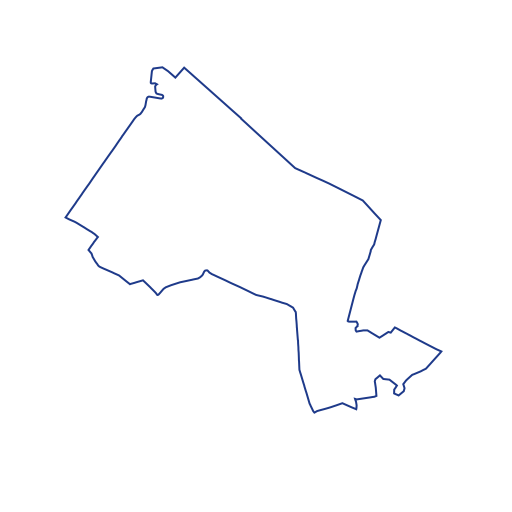 outline of Ma'in, Amanat Al Asimah, Yemen, rotated 132°
{"feature_id": "15242507B87670464483241", "entity_name": "Ma'in", "entity_type": "district", "adm_level": 2, "iso_a3": "YEM", "parent_name": "Yemen", "parent_adm1": "Amanat Al Asimah", "projection": "albers", "projection_center": [44.173, 15.379], "detail": "fine", "context": "isolated", "style": "outline", "palette": "blue", "viewbox_px": 512, "rotation_deg": 132, "n_neighbors": 0, "source": "geoboundaries", "source_scale": "gbopen_adm2", "svg_char_len": 5416}
<svg xmlns="http://www.w3.org/2000/svg" viewBox="0 0 512 512"><g transform="rotate(132 256 256)"><path d="M145.5,190.7L145.0,196.6L143.9,207.4L143.3,213.8L146.4,225.3L149.3,235.9L153.3,250.4L154.0,252.6L155.2,256.5L157.4,263.2L161.6,276.7L164.5,285.7L164.3,312.6L164.2,327.1L164.1,339.5L163.9,359.0L163.6,359.2L163.7,370.3L163.9,405.4L164.1,435.4L177.4,435.3L177.4,437.0L177.5,445.1L178.4,451.8L185.3,457.7L186.7,457.5L188.2,457.1L197.3,450.5L197.8,449.9L197.8,449.5L197.6,449.2L197.5,448.8L195.2,446.6L194.7,444.5L195.6,444.7L196.5,444.7L197.6,444.3L200.9,440.8L201.4,440.0L201.8,438.8L201.6,438.0L200.6,436.1L199.2,433.7L199.1,433.1L199.1,432.5L199.2,432.1L199.9,431.4L200.7,431.0L201.8,431.3L202.3,431.6L203.2,432.9L205.6,436.7L208.8,441.7L209.4,442.4L210.4,442.8L211.1,442.8L212.1,442.5L212.4,442.4L213.1,441.9L214.5,441.2L217.8,439.1L219.6,438.2L221.8,437.8L222.2,437.8L223.1,437.6L225.2,437.2L227.8,437.0L229.1,437.3L230.1,437.7L231.2,438.1L232.3,438.2L232.8,438.2L233.8,438.2L236.0,438.1L237.3,437.9L244.6,437.0L246.5,436.8L247.0,436.7L248.0,436.6L249.8,436.4L254.7,435.8L255.6,435.7L256.3,435.7L257.0,435.5L259.9,435.1L261.9,434.9L262.5,434.8L264.8,434.5L266.2,434.3L268.2,434.0L274.8,433.2L275.2,433.2L280.3,432.6L286.1,431.9L287.3,431.7L287.6,431.7L289.5,431.5L292.6,431.1L294.2,430.9L298.2,430.4L303.0,429.8L304.4,429.6L307.0,429.3L314.1,428.3L317.2,428.0L325.5,427.0L326.5,426.8L327.4,426.7L330.8,426.3L331.1,426.2L332.4,426.1L335.7,425.7L337.5,425.4L346.3,424.4L350.0,423.9L354.8,423.3L354.7,422.9L354.1,420.6L353.8,419.4L353.1,417.3L351.9,413.7L351.7,412.8L351.6,412.5L351.3,411.1L351.2,410.6L350.8,408.4L349.6,402.0L349.2,399.5L348.8,397.4L348.5,395.7L348.3,395.0L348.1,394.0L348.0,392.7L347.7,390.7L347.7,390.0L347.7,388.4L347.7,386.6L347.7,386.2L349.8,386.1L350.1,386.0L351.7,385.9L352.3,385.8L353.5,385.8L356.0,385.4L357.0,385.3L358.4,385.2L360.0,385.0L360.4,384.9L362.2,384.7L363.6,384.5L363.8,383.0L364.0,381.7L364.2,379.9L364.4,379.7L364.6,379.2L365.2,378.1L365.5,377.6L366.0,376.8L366.3,375.8L366.9,373.9L367.1,373.3L367.3,372.7L367.4,372.4L367.6,371.7L367.9,370.3L368.0,369.8L368.2,368.6L368.5,367.6L368.6,367.1L368.7,366.6L368.7,365.7L368.6,365.1L368.5,364.6L368.4,364.3L368.2,363.6L367.7,362.0L367.1,360.1L366.6,358.7L366.4,358.1L365.6,355.7L364.2,351.5L363.9,350.3L362.1,344.8L361.6,335.5L361.3,331.1L361.3,330.8L360.3,330.3L359.9,330.0L357.2,328.3L355.8,327.5L355.0,327.0L349.7,323.7L349.8,319.5L350.0,313.4L350.1,312.6L350.2,310.1L350.4,306.9L350.6,305.0L351.0,303.8L350.9,303.2L350.7,302.9L349.7,302.6L349.0,302.6L348.0,302.6L347.2,302.6L343.5,302.7L342.9,302.7L342.2,302.7L339.6,302.1L334.4,299.5L326.3,294.8L322.2,291.8L317.5,288.4L316.3,287.5L315.8,287.2L311.6,284.1L309.2,283.3L306.6,283.0L305.7,283.1L305.3,283.1L304.8,283.3L302.5,284.0L301.9,284.1L300.8,284.0L299.6,283.0L299.2,282.4L299.3,281.2L299.4,280.1L299.5,279.4L299.2,278.2L299.1,277.0L298.2,274.2L297.4,271.5L295.3,264.8L294.5,262.2L293.3,258.0L292.6,255.7L289.7,246.7L289.2,244.9L287.3,238.4L286.1,234.1L284.9,230.0L284.4,229.0L281.4,223.5L273.7,206.5L273.4,205.7L271.1,201.0L269.6,193.9L270.5,191.1L270.9,189.7L271.0,189.1L271.9,188.0L273.5,186.4L274.2,185.7L274.5,185.4L275.5,184.4L277.7,182.0L279.9,179.7L281.9,177.7L282.0,177.5L283.3,176.2L290.4,168.7L290.5,168.4L292.9,166.1L295.4,163.5L297.4,161.6L299.0,159.9L299.9,159.0L303.1,155.9L304.8,154.3L305.6,153.4L310.4,148.7L311.6,147.5L312.1,146.6L312.5,146.0L313.1,145.0L313.9,143.6L318.4,136.2L320.1,133.3L320.5,132.8L322.9,128.8L324.1,126.7L329.9,117.3L330.2,116.3L330.6,115.6L331.1,114.3L333.0,109.7L333.1,109.1L333.3,107.8L332.8,107.6L332.1,107.4L330.3,106.8L327.6,105.1L323.9,102.7L320.4,100.5L317.9,99.0L315.2,97.5L314.5,97.1L314.0,96.8L307.6,93.3L306.0,88.4L304.5,83.8L302.8,79.0L301.8,79.6L299.9,81.1L299.7,81.3L299.4,81.6L299.1,82.0L297.4,84.1L296.6,85.6L295.9,86.8L295.7,86.4L295.5,85.9L295.2,85.2L284.4,76.3L282.6,74.9L281.5,73.9L279.4,72.9L277.3,75.1L273.7,78.9L270.4,82.9L269.9,83.6L269.6,83.9L267.7,84.8L266.7,84.7L265.6,84.5L261.8,84.0L262.1,80.3L262.2,79.1L258.6,74.1L258.3,70.0L258.0,65.9L258.0,64.6L259.2,64.4L260.3,64.2L262.8,63.9L265.7,61.4L265.2,59.7L264.5,57.7L264.2,56.7L258.1,55.8L257.7,55.7L255.7,56.7L254.8,57.2L252.7,60.8L249.1,61.1L248.1,61.2L245.7,61.0L239.9,60.4L239.4,60.2L238.3,59.6L231.5,56.4L228.7,55.4L227.3,54.8L226.0,54.3L225.0,54.3L213.2,54.3L209.6,54.3L204.3,54.3L202.9,54.4L204.4,59.0L205.0,61.1L205.4,62.7L206.7,67.6L208.1,73.0L208.8,75.8L209.2,77.2L210.5,82.5L210.7,83.1L211.4,85.9L211.6,86.9L214.3,97.5L214.5,98.1L215.6,103.0L216.2,105.0L222.8,104.6L223.9,106.8L224.3,106.9L225.7,107.3L231.7,108.9L234.1,109.6L236.0,119.4L236.0,119.8L236.1,120.1L236.7,123.4L239.4,126.4L241.1,127.7L242.3,128.7L244.9,130.7L244.8,131.2L244.7,131.8L244.5,132.2L243.4,133.3L242.9,133.8L242.1,133.8L240.6,133.7L240.1,133.6L239.7,134.1L238.7,134.6L238.4,135.0L238.2,135.6L238.1,135.9L237.8,136.4L237.8,137.0L237.6,137.5L240.3,140.4L242.3,142.7L242.9,143.6L242.9,144.4L223.3,154.6L219.2,156.7L216.4,158.0L215.4,158.5L212.9,159.4L212.3,159.7L210.1,160.9L209.1,161.5L206.5,162.7L204.9,163.4L203.7,164.0L200.2,165.6L199.4,165.9L197.5,166.7L196.9,167.0L196.1,167.3L192.4,168.8L192.0,168.8L190.8,169.1L183.1,170.4L180.8,171.5L179.1,172.3L176.2,173.7L175.6,174.0L175.3,174.3L174.9,174.5L174.6,174.7L171.8,175.3L170.8,175.5L168.4,175.9L166.0,177.2L163.4,178.4L159.7,180.3L145.8,187.3L145.5,190.7Z" fill="none" stroke="#1e3a8a" stroke-width="2"/></g></svg>